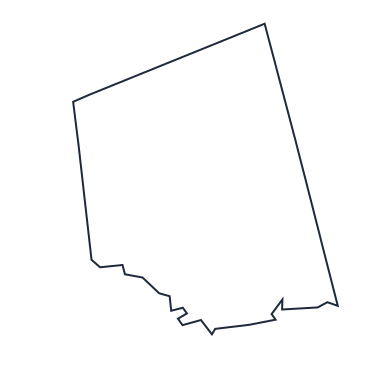 the district of Montgomery, Tennessee, United States of America, rotated 76°
{"feature_id": "52423323B95053612066868", "entity_name": "Montgomery", "entity_type": "district", "adm_level": 2, "iso_a3": "USA", "parent_name": "United States of America", "parent_adm1": "Tennessee", "projection": "albers", "projection_center": [-87.301, 36.477], "detail": "fine", "context": "isolated", "style": "outline", "palette": "slate", "viewbox_px": 384, "rotation_deg": 76, "n_neighbors": 0, "source": "geoboundaries", "source_scale": "gbopen_adm2", "svg_char_len": 678}
<svg xmlns="http://www.w3.org/2000/svg" viewBox="0 0 384 384"><g transform="rotate(76 192 192)"><path d="M46.3,80.8L72.7,267.6L75.7,285.5L106.9,289.3L116.5,290.4L233.5,305.9L242.8,299.4L246.0,277.1L255.6,277.0L263.0,260.7L282.4,248.3L287.7,238.9L302.2,240.9L302.1,228.9L308.6,226.3L311.5,236.3L318.9,233.4L318.4,214.3L334.9,207.1L330.4,202.6L334.7,168.8L336.1,141.8L329.7,144.3L318.2,130.3L327.8,133.0L334.4,98.0L331.7,87.3L337.7,78.1L273.7,78.5L273.4,78.5L264.2,78.5L247.2,78.6L245.5,78.6L227.0,78.7L215.3,78.8L210.8,78.8L208.8,78.8L187.8,79.0L171.9,79.1L166.0,79.1L159.6,79.3L154.7,79.3L89.5,80.2L88.5,80.2L46.3,80.8Z" fill="none" stroke="#1e293b" stroke-width="2"/></g></svg>